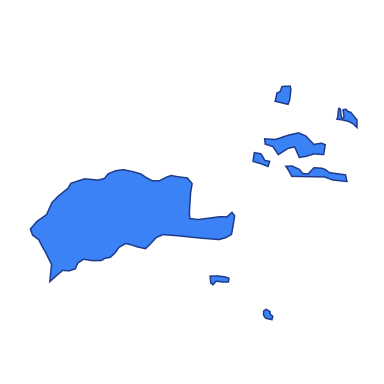 Gunsan-si, North Jeolla, South Korea, rotated 187°
{"feature_id": "91817680B51344731064077", "entity_name": "Gunsan-si", "entity_type": "district", "adm_level": 2, "iso_a3": "KOR", "parent_name": "South Korea", "parent_adm1": "North Jeolla", "projection": "natural_earth1", "projection_center": [126.551, 35.9], "detail": "fine", "context": "isolated", "style": "filled", "palette": "blue", "viewbox_px": 384, "rotation_deg": 187, "n_neighbors": 0, "source": "geoboundaries", "source_scale": "gbopen_adm2", "svg_char_len": 2045}
<svg xmlns="http://www.w3.org/2000/svg" viewBox="0 0 384 384"><g transform="rotate(187 192 192)"><path d="M322.2,85.8L315.6,93.3L310.9,98.4L304.3,98.8L298.4,101.5L296.8,107.4L291.4,112.1L283.2,111.7L273.8,112.9L270.3,115.6L265.2,117.2L260.9,122.3L257.8,128.1L251.5,132.8L245.7,132.1L239.8,130.9L231.2,130.1L226.9,135.6L221.8,142.6L215.6,146.2L198.8,146.9L177.3,147.3L168.7,147.7L159.3,148.1L152.7,150.9L147.6,154.8L147.2,162.2L146.8,173.6L149.9,176.7L154.2,171.6L161.3,170.9L182.4,165.4L191.0,165.4L192.1,170.9L193.3,190.9L192.9,200.3L198.4,205.4L207.8,205.4L214.8,205.8L219.5,203.4L225.8,199.1L232.8,198.3L239.1,200.7L245.3,203.8L253.5,205.0L262.9,205.8L270.3,203.8L277.4,199.9L280.5,194.8L286.7,192.4L300.0,192.0L303.6,190.4L313.2,185.9L315.5,180.6L324.0,171.9L329.8,164.3L333.6,151.8L342.1,144.2L347.9,135.6L345.0,129.8L338.3,126.0L334.5,120.3L330.1,114.4L322.6,103.1L322.2,85.8ZM89.7,239.4L83.1,241.3L75.5,244.7L65.9,245.2L65.5,255.2L69.4,256.2L76.9,254.1L85.8,261.4L93.3,263.7L102.5,260.5L115.7,254.3L126.4,253.6L125.1,248.4L117.3,247.0L110.9,239.6L102.0,247.0L95.6,249.3L89.7,239.4ZM94.9,219.7L62.3,223.1L53.9,221.1L39.5,221.3L41.7,227.7L58.4,228.0L62.1,230.5L66.4,231.4L73.9,230.9L79.0,224.1L84.4,223.8L88.1,227.5L95.9,230.0L102.0,228.9L99.3,225.9L94.9,219.7ZM112.4,308.3L115.6,307.6L116.6,302.6L119.9,300.4L119.9,297.5L120.6,292.2L107.4,290.7L106.3,295.0L106.3,298.6L106.3,305.4L107.4,309.0L112.4,308.3ZM45.1,281.1L40.4,279.4L36.1,276.1L37.0,283.6L44.2,290.5L46.8,290.8L49.3,292.9L52.1,292.1L50.2,284.4L51.3,283.5L52.8,284.4L54.0,288.6L54.5,291.3L55.3,292.7L56.4,293.0L56.7,289.4L56.5,286.6L56.5,284.4L57.0,281.9L51.5,281.9L45.1,281.1ZM135.1,234.4L135.1,229.8L126.7,228.4L119.6,226.6L118.7,231.9L123.5,232.1L126.5,236.2L128.3,238.3L134.9,238.7L135.1,234.4ZM156.3,111.8L163.8,110.7L162.3,103.9L159.8,102.5L157.3,106.4L150.9,106.4L144.9,107.1L144.9,111.0L149.5,111.8L156.3,111.8ZM106.4,82.5L106.0,78.5L103.5,75.7L97.1,75.0L96.7,78.5L99.6,80.3L99.9,82.8L104.2,84.6L106.4,82.5Z" fill="#3b82f6" stroke="#1e3a8a" stroke-width="1.5"/></g></svg>